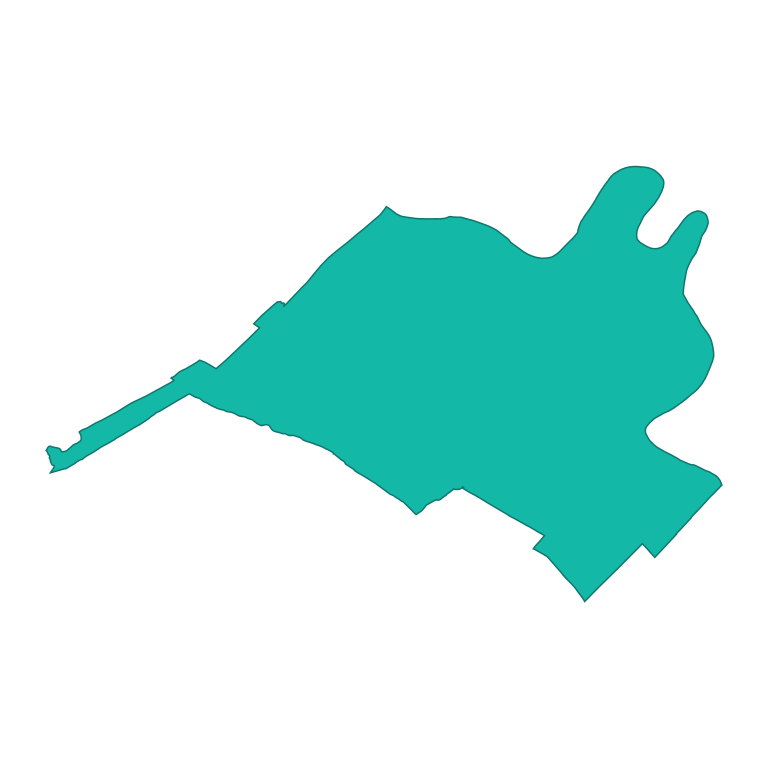 Mitoc, Botosani, Romania (Equal Earth projection)
{"feature_id": "2599482B74445909535632", "entity_name": "Mitoc", "entity_type": "district", "adm_level": 2, "iso_a3": "ROU", "parent_name": "Romania", "parent_adm1": "Botosani", "projection": "equal_earth", "projection_center": [26.969, 48.099], "detail": "fine", "context": "isolated", "style": "filled", "palette": "teal", "viewbox_px": 768, "rotation_deg": 0, "n_neighbors": 0, "source": "geoboundaries", "source_scale": "gbopen_adm2", "svg_char_len": 6073}
<svg xmlns="http://www.w3.org/2000/svg" viewBox="0 0 768 768"><path d="M584.7,601.5L598.3,587.6L617.9,568.4L642.4,543.7L648.0,549.7L649.8,551.9L654.8,557.4L676.4,534.3L676.1,534.0L681.4,528.4L690.5,518.6L691.9,516.6L693.4,514.9L695.9,512.4L704.3,503.4L710.6,496.4L712.8,494.4L721.9,485.0L719.9,480.3L718.1,477.9L715.9,475.7L714.5,474.9L709.1,471.8L705.6,470.6L695.6,465.6L693.3,464.8L691.5,464.8L688.9,464.0L680.2,460.2L677.3,458.3L670.6,454.6L664.5,451.6L658.6,448.2L656.6,446.9L654.2,445.0L651.1,442.0L649.4,440.1L648.0,437.9L645.7,433.3L645.3,431.2L645.4,429.6L645.8,428.1L646.5,426.6L649.6,422.9L654.0,418.9L656.1,417.5L664.5,412.8L668.9,410.9L673.1,408.5L682.6,401.7L686.1,398.9L691.8,394.0L694.8,391.7L697.4,389.2L699.9,386.3L701.9,383.8L705.1,378.6L706.5,375.6L709.5,368.7L712.4,361.4L713.7,356.5L713.6,352.3L712.9,347.4L712.1,343.7L711.4,340.9L710.1,337.7L708.9,335.4L706.8,332.3L702.1,326.0L700.4,323.3L698.3,318.8L696.9,316.1L695.0,313.5L693.6,311.0L688.0,302.8L683.1,294.0L683.9,285.6L684.4,282.6L684.7,280.4L685.3,277.5L686.3,271.6L686.9,269.5L688.5,265.4L691.2,260.1L692.9,257.3L695.8,253.3L699.4,244.3L701.6,236.7L702.4,235.1L705.1,231.1L706.6,228.1L708.1,223.5L708.1,221.8L707.6,218.7L706.6,215.6L705.5,214.2L704.3,213.2L701.1,211.5L697.4,210.9L692.3,212.6L688.0,215.5L686.6,216.8L683.3,220.4L677.5,228.5L675.3,230.8L673.4,233.5L671.3,236.0L667.7,242.4L666.8,243.3L664.4,245.2L662.4,246.7L661.2,247.4L658.4,248.3L657.0,248.6L654.2,248.7L651.4,248.3L650.0,247.9L646.3,246.2L643.8,244.8L640.1,242.4L638.0,240.3L637.2,238.9L636.8,237.3L636.6,235.7L636.7,233.2L637.1,230.6L637.9,228.2L638.8,225.9L640.2,223.5L642.7,218.1L644.1,215.8L646.6,212.8L654.4,203.9L658.4,197.9L661.7,191.5L663.3,186.9L663.7,184.2L663.8,182.2L663.5,180.5L663.0,179.3L661.2,176.6L660.1,175.3L657.7,172.9L655.0,170.7L651.9,169.0L648.3,167.8L644.9,167.2L636.5,166.5L633.0,166.6L629.0,167.0L625.5,167.9L622.2,169.1L619.6,170.3L617.8,171.5L614.8,173.2L613.3,174.4L610.9,176.8L609.8,178.1L608.0,180.8L605.1,184.4L600.1,191.9L596.5,198.0L594.9,201.0L591.5,206.3L589.2,209.7L584.2,216.6L583.0,218.8L581.3,221.0L579.5,225.3L578.7,227.6L578.0,230.0L577.7,232.5L573.3,237.8L565.4,245.6L560.5,250.8L557.6,253.4L554.1,255.8L551.7,257.1L547.4,258.0L541.7,258.3L538.7,257.8L535.9,257.3L532.3,256.2L527.6,254.2L523.3,251.6L512.5,243.7L510.6,242.4L509.0,240.0L507.7,238.7L496.3,230.0L489.7,226.6L488.0,225.9L479.2,222.6L472.0,220.2L468.3,219.3L460.9,217.2L457.1,217.2L453.2,217.0L451.3,216.7L449.4,216.6L446.0,218.1L444.2,218.4L440.1,218.8L426.6,218.9L418.9,218.7L415.1,218.4L405.7,217.1L401.9,216.4L400.2,215.8L396.0,213.7L393.8,211.9L389.1,208.4L386.3,206.7L384.2,209.8L380.1,214.9L364.2,228.5L355.6,235.5L349.0,241.2L336.2,251.3L328.9,257.4L320.3,266.2L319.7,267.2L316.2,271.2L306.9,282.6L302.5,286.9L286.1,304.1L284.0,306.0L283.9,305.2L284.3,304.0L284.2,303.6L284.0,303.2L283.3,303.0L282.7,303.0L281.6,303.2L281.3,302.7L281.1,302.1L280.7,301.7L280.2,301.5L279.1,302.0L278.3,301.7L277.6,301.8L273.5,305.1L261.7,315.6L253.7,323.8L259.6,327.8L256.7,330.6L249.1,338.2L226.0,360.1L216.1,368.7L205.4,362.4L199.8,360.2L199.5,360.3L196.9,362.2L190.1,366.3L185.3,369.1L184.1,369.5L180.1,371.5L178.7,372.5L176.0,374.8L175.3,375.7L174.6,376.0L173.9,376.6L172.5,377.3L171.8,377.4L171.1,378.2L172.5,379.0L173.4,379.8L173.9,380.5L172.7,381.2L172.8,381.4L146.4,395.9L130.9,403.3L116.9,412.0L101.8,420.2L95.9,422.9L87.3,427.9L82.1,430.0L80.1,431.3L79.2,432.0L81.0,435.4L81.1,437.2L81.3,439.3L80.5,440.8L77.6,442.9L77.2,443.3L75.6,443.8L73.3,444.9L69.9,448.0L66.8,450.6L65.5,451.2L64.1,451.6L62.0,451.8L61.4,451.5L60.4,449.4L59.7,448.8L58.8,448.3L55.9,447.6L55.3,447.6L51.9,446.8L50.2,446.2L48.8,446.5L47.7,447.7L46.6,449.9L46.2,450.2L46.1,450.4L46.4,450.9L47.3,451.8L48.1,454.1L49.6,455.8L49.7,456.3L49.4,457.2L49.4,458.0L50.1,459.5L50.5,461.5L51.9,464.6L52.2,464.9L53.9,465.6L54.3,466.1L54.3,466.6L52.4,469.9L51.1,471.6L50.4,472.8L63.0,469.2L66.0,468.6L74.6,463.6L77.3,461.5L80.8,459.7L82.1,459.4L83.2,458.6L84.6,457.4L86.9,455.8L94.0,451.8L99.2,448.3L102.6,446.2L108.7,443.0L114.1,439.8L116.6,438.0L122.9,434.5L127.8,431.4L132.0,429.0L134.7,427.3L136.9,426.2L140.7,424.0L148.6,418.7L150.9,416.7L154.0,414.6L156.0,412.9L160.2,410.9L177.8,400.4L185.0,396.3L188.5,394.2L189.2,393.9L189.5,393.9L191.2,394.8L194.5,396.8L196.4,397.5L198.6,398.0L199.9,398.6L200.6,399.1L202.3,400.7L203.5,401.5L204.4,402.0L206.5,402.7L211.3,405.6L217.2,408.3L221.0,409.6L223.5,410.0L226.8,411.6L230.2,412.0L232.8,412.7L234.8,413.6L239.0,415.9L241.5,416.4L244.5,416.8L245.8,417.3L247.8,418.4L251.0,419.3L252.0,419.7L252.7,420.1L257.0,423.5L260.6,425.4L261.1,425.5L262.0,425.5L265.6,424.7L267.4,424.8L269.1,425.6L270.3,427.2L271.6,429.2L272.5,430.1L273.4,430.8L274.9,431.5L279.1,432.5L282.8,433.7L283.5,433.8L284.5,433.5L284.9,433.6L287.8,435.0L289.1,435.5L290.0,435.6L292.9,435.4L295.0,435.8L296.7,436.5L298.0,436.8L299.6,437.4L301.6,438.5L302.8,439.7L303.2,440.0L305.8,441.1L312.8,443.3L314.6,444.0L315.7,444.5L317.4,445.0L320.1,446.0L322.9,447.2L326.0,448.9L328.0,449.7L331.1,451.5L333.0,452.4L333.3,452.7L333.4,453.3L333.4,453.9L333.9,453.9L334.2,454.0L341.8,460.2L343.3,460.9L343.8,461.3L344.7,462.3L345.5,464.0L353.1,468.9L353.9,469.6L354.8,470.7L355.4,471.2L358.8,473.3L364.1,476.3L375.6,483.5L390.0,494.1L393.2,495.5L396.4,497.7L399.4,499.5L401.3,501.0L403.3,501.9L412.1,510.6L415.2,513.9L415.9,514.4L416.7,514.2L421.2,511.1L422.0,510.4L424.4,507.7L426.4,505.1L435.4,500.0L438.5,500.1L439.1,500.0L440.9,499.2L441.3,498.6L443.1,497.3L444.1,496.5L446.0,495.3L446.5,494.8L446.5,494.6L446.9,494.0L448.9,492.8L452.1,490.4L452.8,489.8L453.2,489.0L456.0,489.5L459.0,489.3L460.0,489.0L460.8,488.6L461.9,487.8L462.6,486.8L463.3,487.1L463.6,487.3L463.4,488.1L463.1,488.5L470.0,492.6L474.2,494.8L480.5,498.4L486.5,502.2L507.7,514.7L509.7,516.1L514.9,518.8L527.5,525.9L529.8,527.0L539.7,532.9L544.5,535.5L539.3,541.7L535.0,546.4L533.3,548.8L535.8,550.0L546.5,556.1L548.5,558.0L561.3,572.7L563.2,575.2L565.4,577.6L572.0,584.4L575.3,588.1L578.8,593.1L580.0,594.5L583.3,599.1L584.7,601.5Z" fill="#14b8a6" stroke="#0f766e" stroke-width="1.5"/></svg>